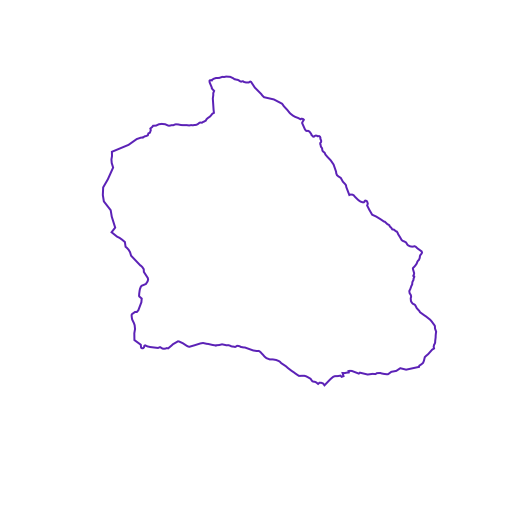 outline of Bucium, Alba, Romania, rotated 241°
{"feature_id": "2599482B42825543751910", "entity_name": "Bucium", "entity_type": "district", "adm_level": 2, "iso_a3": "ROU", "parent_name": "Romania", "parent_adm1": "Alba", "projection": "equal_earth", "projection_center": [23.162, 46.26], "detail": "fine", "context": "isolated", "style": "outline", "palette": "violet", "viewbox_px": 512, "rotation_deg": 241, "n_neighbors": 0, "source": "geoboundaries", "source_scale": "gbopen_adm2", "svg_char_len": 6133}
<svg xmlns="http://www.w3.org/2000/svg" viewBox="0 0 512 512"><g transform="rotate(241 256 256)"><path d="M410.6,336.1L411.3,335.6L411.4,335.0L411.3,333.8L412.7,331.3L414.1,329.8L414.9,329.5L415.4,328.8L415.7,327.5L417.1,326.4L418.1,326.1L419.3,325.0L419.9,324.1L420.5,323.7L420.9,323.0L422.7,322.1L425.2,320.3L427.4,316.9L428.0,314.9L429.0,313.4L429.6,310.1L431.1,307.2L431.5,304.9L431.4,303.2L431.0,302.5L431.5,302.2L432.0,300.7L431.7,300.2L430.2,299.6L424.7,299.0L423.9,298.6L420.7,299.4L419.2,297.6L417.4,296.6L414.7,294.6L404.7,289.9L401.6,288.6L401.6,286.8L401.0,285.4L400.3,283.5L400.0,280.6L399.6,279.0L398.7,277.6L398.8,276.2L398.7,275.9L398.8,275.4L398.9,274.2L398.8,273.7L398.8,273.3L399.6,272.2L399.9,271.5L399.9,270.9L399.6,269.3L399.6,267.7L400.1,266.2L400.5,265.5L400.9,264.2L401.3,263.6L401.9,262.8L402.6,260.8L404.0,258.9L405.1,257.0L406.5,254.5L407.1,253.7L408.2,252.4L408.9,251.6L410.1,249.6L410.3,248.8L410.5,247.1L411.4,245.4L411.8,243.8L412.3,242.8L412.8,242.3L415.3,240.4L417.3,237.5L418.3,234.9L418.5,231.8L419.8,229.1L419.2,227.9L418.7,225.4L417.1,225.0L415.3,223.0L415.4,221.3L414.0,219.9L414.2,217.9L414.6,216.7L414.5,214.9L414.7,214.5L414.5,214.3L415.3,212.8L416.1,208.4L415.0,198.4L417.0,180.5L413.2,178.5L410.6,176.4L407.3,174.9L402.6,173.9L394.9,163.6L390.1,155.6L383.6,151.6L377.5,149.4L366.5,151.1L360.3,148.9L349.1,146.6L346.8,141.2L340.2,143.9L338.1,145.4L335.4,146.7L331.8,148.1L327.3,146.4L325.8,147.0L323.3,147.6L320.5,147.7L316.8,146.9L303.7,150.3L303.4,150.6L301.4,151.2L298.9,151.4L296.4,150.2L289.2,150.7L287.7,150.2L286.3,148.8L284.9,146.1L285.4,141.5L284.9,140.3L283.4,138.5L282.1,137.4L279.7,135.6L277.8,134.4L277.2,134.3L274.2,135.4L271.1,133.3L265.6,126.8L264.8,124.6L265.7,123.1L265.3,119.5L265.0,118.9L264.2,118.3L262.0,117.4L260.4,116.9L256.6,116.7L254.3,116.3L250.8,114.8L247.4,112.1L241.4,108.9L234.3,112.2L231.9,111.2L231.0,111.2L230.4,111.8L230.1,112.7L230.4,113.7L231.6,114.9L231.6,115.7L229.6,117.2L227.7,119.3L223.3,125.4L223.0,126.1L222.9,127.5L222.7,128.0L220.4,129.3L219.5,130.5L218.9,132.0L218.7,133.3L217.8,134.4L218.7,139.1L219.1,140.5L219.2,146.4L218.6,147.2L215.2,149.7L211.0,151.9L209.7,152.8L208.9,153.7L207.7,159.0L206.5,164.9L205.6,167.5L203.1,170.3L202.3,171.5L199.4,174.7L197.6,177.0L197.1,177.4L197.3,177.8L196.9,178.6L196.0,180.6L195.2,183.5L193.2,185.8L192.2,186.9L191.4,188.6L190.3,189.7L189.0,190.6L188.3,191.4L187.6,192.5L187.0,193.1L186.5,194.0L186.6,195.8L186.4,196.3L186.1,196.7L185.3,197.6L184.6,198.2L183.7,198.7L183.0,199.7L182.4,200.3L181.3,202.0L174.8,207.7L172.6,210.5L171.6,212.4L170.6,213.0L169.2,213.5L168.1,213.7L166.4,214.2L165.4,214.4L163.9,214.7L161.6,215.6L158.8,218.0L158.3,219.0L157.3,220.7L155.3,223.2L153.2,224.9L152.2,225.5L151.5,225.8L150.7,225.9L149.7,226.3L145.1,228.7L142.5,229.6L138.4,231.4L135.5,232.9L134.7,233.2L132.1,234.5L130.4,235.4L127.7,240.3L126.5,241.5L125.0,242.5L122.2,244.2L120.0,244.4L119.1,244.6L118.7,244.9L118.2,245.4L117.6,246.3L116.8,247.0L116.0,247.5L114.0,248.3L114.4,250.1L113.3,251.8L111.9,252.9L109.7,253.2L112.0,260.7L112.5,262.7L112.9,265.0L112.7,266.5L112.4,267.2L111.7,268.5L111.2,269.6L110.4,271.9L108.8,272.3L108.5,274.3L111.7,275.0L110.6,276.8L110.0,278.8L109.1,280.7L109.2,280.8L109.8,280.9L110.5,281.1L110.1,282.3L109.0,284.1L103.3,288.9L103.6,290.3L100.3,293.9L98.2,296.2L96.4,300.8L95.5,302.2L94.8,303.3L94.9,305.0L93.4,308.0L92.5,308.8L90.8,310.8L89.0,313.3L88.6,314.3L89.1,318.2L87.5,323.0L87.9,327.8L83.8,332.2L80.0,344.8L80.5,345.1L80.9,345.8L81.1,348.1L81.4,349.7L81.6,350.4L83.0,352.1L85.7,354.6L86.2,356.4L86.7,359.0L88.7,364.7L88.8,366.9L90.5,367.4L92.0,368.7L92.5,369.6L93.3,370.6L95.2,371.8L97.5,373.5L99.5,374.7L101.5,376.1L102.1,376.6L102.6,376.9L105.2,377.3L106.0,377.5L108.0,378.5L108.9,378.5L113.7,377.9L115.9,377.4L120.7,375.4L122.6,374.4L127.3,372.2L128.7,372.2L132.4,371.3L135.5,371.4L136.2,371.3L137.2,370.8L137.6,370.4L138.3,370.0L139.0,369.8L140.1,369.7L140.9,369.6L141.5,369.7L142.4,370.1L143.8,370.7L144.1,370.9L145.0,371.8L145.6,372.1L146.5,372.4L147.2,372.5L148.8,372.3L150.6,372.9L151.3,373.4L152.1,374.7L154.5,377.4L155.4,378.8L156.2,379.3L157.3,380.1L157.8,380.7L158.7,382.1L160.0,383.0L160.4,383.6L161.0,384.3L161.4,384.5L161.7,384.4L162.0,384.0L162.2,383.9L162.5,384.0L163.0,384.8L163.6,385.5L164.4,386.0L168.3,386.9L168.9,387.1L169.3,387.4L169.6,388.2L169.8,389.1L170.4,390.7L171.3,392.6L171.9,393.4L172.8,394.4L173.4,395.6L173.6,396.6L175.0,398.3L176.0,399.0L176.7,399.6L177.2,400.3L177.5,401.3L178.4,402.8L179.7,403.1L184.4,400.9L186.6,400.2L187.7,399.4L188.0,398.2L188.4,397.2L189.4,395.9L190.1,395.2L191.6,394.2L192.5,393.9L195.1,393.8L196.9,392.7L197.5,392.1L198.4,391.5L199.5,391.1L202.4,391.1L206.1,390.9L207.7,391.1L209.1,391.0L209.9,390.3L212.2,389.4L213.2,388.1L214.2,388.0L215.2,388.0L216.4,387.5L217.5,387.4L218.3,387.5L219.4,386.9L220.0,386.4L223.5,385.3L224.1,384.6L227.9,382.7L232.3,380.2L235.8,377.6L241.8,377.5L246.3,377.7L247.5,379.1L249.1,379.5L250.3,379.5L251.0,379.0L251.5,378.4L251.4,377.7L250.9,377.3L250.7,376.3L251.2,375.4L252.8,373.9L254.0,373.2L255.9,372.4L260.0,371.2L261.7,370.9L262.9,370.1L264.0,368.3L264.1,367.2L272.6,368.4L274.2,369.0L275.8,368.8L278.9,368.0L283.2,368.0L285.8,366.6L287.5,366.0L289.5,366.3L290.9,366.9L298.4,368.2L303.5,367.7L308.1,366.5L311.1,365.9L313.0,366.1L315.0,365.3L315.7,365.2L316.7,365.4L317.8,365.9L318.4,366.0L319.9,365.8L320.9,366.0L321.9,366.4L322.6,366.4L323.6,366.9L324.1,368.1L324.4,368.4L325.1,368.8L325.7,369.0L327.3,369.1L328.0,369.6L329.3,369.8L330.2,369.4L330.4,369.1L330.9,367.9L331.6,367.6L331.9,367.3L332.4,366.5L332.5,365.6L332.3,364.7L332.3,364.4L332.6,364.0L333.0,363.7L334.0,363.6L334.5,363.3L335.0,363.2L335.8,363.4L336.4,363.4L338.6,363.1L339.8,362.6L340.3,362.1L340.5,361.5L341.0,360.7L341.7,360.4L343.1,360.2L349.9,360.8L350.2,361.0L351.2,362.5L351.8,363.7L352.0,363.9L352.9,363.6L353.9,362.6L354.1,362.1L354.0,361.6L354.0,361.2L356.1,359.9L358.7,357.7L360.8,356.4L363.6,355.2L364.9,354.8L368.5,354.2L372.1,353.3L373.9,352.9L375.5,352.8L376.6,352.6L384.3,347.5L391.0,340.0L393.4,339.3L395.1,339.1L403.9,336.6L410.6,336.1Z" fill="none" stroke="#5b21b6" stroke-width="2"/></g></svg>